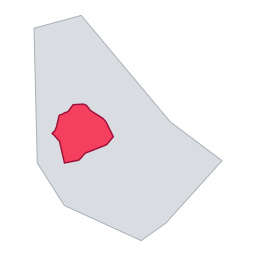 Saint Thomas on a map of Barbados (orthographic projection)
{"feature_id": "BRB-1999", "entity_name": "Saint Thomas", "entity_type": "Parish", "adm_level": 1, "iso_a3": "BRB", "parent_name": "Barbados", "parent_adm1": "", "projection": "orthographic", "projection_center": [-59.606, 13.184], "detail": "fine", "context": "in_parent", "style": "filled", "palette": "rose", "viewbox_px": 256, "rotation_deg": 0, "n_neighbors": 0, "source": "natural_earth", "source_scale": "10m", "svg_char_len": 852}
<svg xmlns="http://www.w3.org/2000/svg" viewBox="0 0 256 256"><path d="M165.7,223.2L141.1,240.6L64.3,205.5L37.3,163.0L34.0,28.2L81.2,15.4L170.3,121.9L222.0,160.7L165.7,223.2Z" fill="#d9dde1" stroke="#a8b0b8" stroke-width="1"/><path d="M83.4,104.1L86.4,105.3L90.4,110.5L102.5,118.1L103.7,119.2L106.0,121.9L113.3,136.7L107.1,144.2L105.4,145.2L85.1,153.2L79.5,159.6L78.3,160.2L64.5,163.0L59.5,141.3L53.8,134.8L52.7,134.2L52.3,133.7L52.5,133.6L52.7,133.1L53.0,132.3L53.3,132.0L53.6,131.7L54.5,131.5L55.3,129.7L56.5,126.8L58.8,116.9L59.3,115.3L60.9,114.7L61.3,114.5L61.5,114.4L62.0,114.4L62.3,114.3L62.5,114.2L62.8,114.1L63.7,113.2L63.8,113.2L64.0,113.2L64.3,113.1L65.0,112.6L65.4,112.4L65.7,112.4L65.9,112.5L66.0,112.5L66.3,112.5L66.7,112.3L66.8,112.1L67.1,112.1L68.5,111.0L73.1,104.7L83.4,104.1Z" fill="#f43f5e" stroke="#9f1239" stroke-width="1.5"/></svg>